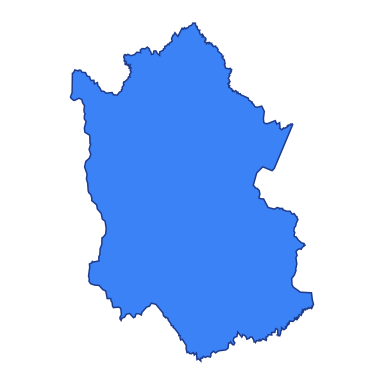 Khlong Lan, Kamphaeng Phet, Thailand (Equal Earth projection)
{"feature_id": "78962969B45862873771637", "entity_name": "Khlong Lan", "entity_type": "district", "adm_level": 2, "iso_a3": "THA", "parent_name": "Thailand", "parent_adm1": "Kamphaeng Phet", "projection": "equal_earth", "projection_center": [99.272, 16.258], "detail": "fine", "context": "isolated", "style": "filled", "palette": "blue", "viewbox_px": 384, "rotation_deg": 0, "n_neighbors": 0, "source": "geoboundaries", "source_scale": "gbopen_adm2", "svg_char_len": 5870}
<svg xmlns="http://www.w3.org/2000/svg" viewBox="0 0 384 384"><path d="M294.3,275.1L296.0,270.5L295.7,269.1L296.8,264.0L295.9,257.6L297.1,255.5L296.0,251.4L298.1,249.3L299.7,248.8L301.2,249.3L302.3,247.3L305.0,245.3L304.2,243.9L303.8,244.3L303.5,243.3L301.6,242.9L298.2,240.0L296.3,237.0L294.4,236.5L294.1,235.0L294.8,232.4L293.8,231.1L294.3,227.9L295.8,225.7L296.1,223.5L297.9,219.6L297.0,217.9L297.0,216.8L295.9,216.2L294.1,213.5L292.2,214.2L290.1,211.2L286.6,211.2L282.6,209.6L282.6,208.5L280.9,208.3L279.8,209.0L279.4,208.2L277.2,207.5L274.4,209.1L268.1,207.5L263.6,198.9L261.2,198.9L258.9,197.9L259.9,194.0L259.2,190.5L257.2,188.4L255.7,188.1L253.3,185.2L256.7,172.9L262.8,166.8L272.1,170.7L274.3,168.4L292.7,124.6L292.4,124.0L290.5,124.1L290.2,125.0L288.8,125.0L288.2,126.0L287.5,125.6L287.0,127.2L283.9,128.4L283.4,128.0L281.9,129.8L279.6,128.1L280.0,127.5L279.6,122.7L276.7,124.1L275.3,120.6L267.3,123.7L264.9,123.4L263.8,122.4L263.4,118.7L264.3,111.4L261.7,106.1L257.3,107.3L254.8,106.7L253.4,104.1L252.0,103.4L252.3,102.2L248.7,100.1L248.2,98.1L240.5,94.6L240.3,93.7L238.4,93.8L238.0,92.4L237.1,93.1L237.1,92.0L235.7,90.7L234.6,91.7L233.7,91.0L232.6,91.4L232.7,90.1L231.9,89.9L231.8,88.9L228.8,87.2L229.6,85.8L228.8,85.7L228.1,83.7L229.1,83.6L228.8,82.5L230.0,81.8L228.3,78.1L229.8,75.5L229.2,74.0L230.7,72.9L230.5,72.2L231.3,71.7L230.8,70.8L231.7,69.8L230.1,68.3L229.6,68.9L225.7,68.2L224.4,64.2L225.1,63.8L224.3,59.7L222.6,58.5L223.0,56.9L222.4,57.4L221.8,54.5L217.7,50.9L218.1,49.5L216.8,47.5L215.6,47.0L215.6,46.1L213.2,46.5L212.4,44.8L211.7,44.8L211.6,43.4L211.0,43.7L209.7,42.6L209.1,43.5L208.8,42.5L207.5,42.6L206.5,43.8L205.7,42.1L204.6,41.7L205.3,39.9L205.8,40.0L205.9,38.6L204.5,37.1L202.4,36.8L203.3,36.0L203.1,35.2L202.4,35.3L202.3,34.2L200.7,34.7L200.0,34.1L199.3,31.1L199.8,30.3L198.3,30.0L197.4,28.7L197.1,26.7L196.6,26.9L195.4,24.5L195.4,23.2L193.0,23.0L191.7,25.2L189.1,26.2L187.7,28.0L186.2,28.0L185.6,29.0L184.3,27.7L183.3,29.3L182.1,28.2L177.9,36.4L174.9,32.7L173.7,35.1L172.9,35.3L171.5,38.8L172.2,41.2L169.3,43.2L169.1,44.6L167.8,44.2L166.6,45.8L164.7,46.4L164.9,48.3L163.4,49.0L163.2,50.3L159.7,51.9L159.6,55.4L157.3,53.5L156.2,51.2L155.2,50.8L153.8,51.1L153.3,54.0L151.5,54.5L150.7,51.8L149.4,50.2L149.5,49.1L147.4,47.1L144.8,48.9L142.2,48.5L140.3,50.1L140.7,52.6L136.9,52.2L134.4,54.7L130.8,55.7L127.9,54.3L126.1,55.5L125.4,54.6L124.4,54.9L123.7,57.0L124.6,59.5L124.1,60.7L124.6,61.6L125.3,61.1L126.4,62.2L126.1,63.1L125.1,63.4L125.1,64.3L125.6,64.6L126.5,63.6L126.9,64.8L128.2,64.6L127.7,65.2L128.7,66.1L130.2,65.1L129.1,68.2L130.0,68.5L131.3,67.3L130.2,70.6L131.3,72.0L129.6,74.5L130.0,77.0L128.5,76.9L128.0,78.8L124.7,81.8L123.7,81.9L123.4,83.8L124.0,84.8L122.2,87.2L122.2,89.5L121.5,89.7L121.4,91.2L119.4,92.2L117.3,95.1L113.5,94.8L112.1,92.5L106.2,93.2L103.8,91.3L101.4,91.1L99.6,87.5L97.9,85.8L97.4,82.6L94.4,83.8L93.9,80.3L91.2,80.5L90.3,79.4L89.6,76.7L87.2,76.2L85.5,72.6L82.0,72.3L80.7,70.3L79.1,70.0L78.4,71.0L74.9,69.9L73.6,72.7L72.4,73.3L72.1,92.7L70.5,96.9L71.1,98.3L73.5,100.3L74.7,100.4L78.9,98.2L81.7,99.5L82.8,103.2L84.5,105.7L83.9,110.2L84.3,112.5L85.1,113.6L84.3,116.2L84.4,119.0L86.1,121.4L84.3,128.1L84.9,132.3L89.5,135.1L89.8,136.1L90.0,143.6L90.7,144.1L89.1,149.3L90.8,154.5L89.4,158.1L85.8,161.4L84.6,167.0L87.1,174.2L86.4,178.8L87.7,183.2L88.2,190.7L88.8,192.7L90.8,194.6L91.9,198.6L91.7,200.6L96.7,204.9L97.3,208.9L101.2,213.5L102.3,219.0L105.1,221.3L106.2,228.4L105.7,233.9L103.5,236.9L102.0,237.7L101.8,244.5L100.1,248.7L99.9,254.5L98.8,256.8L98.9,260.9L93.5,262.0L92.3,261.4L91.9,262.7L89.4,264.0L89.7,267.2L88.5,276.5L89.3,278.3L89.0,281.3L90.7,283.7L94.2,285.0L99.2,285.5L102.7,289.5L105.8,291.1L107.2,298.6L110.7,298.5L111.1,301.0L112.1,302.4L112.5,306.0L113.4,307.6L118.6,307.1L120.1,307.8L120.9,309.2L121.4,315.0L120.2,316.7L119.9,318.6L121.1,320.4L121.9,318.2L124.6,317.2L126.4,314.2L129.7,313.5L133.4,317.7L135.1,316.9L135.7,314.4L136.7,313.8L139.2,313.8L141.3,315.0L141.9,312.4L146.6,307.1L149.5,306.2L151.3,303.2L155.9,304.3L163.0,313.0L163.4,315.7L165.6,317.7L165.9,317.1L168.1,318.6L168.1,319.8L170.9,323.6L171.2,325.5L173.3,326.1L173.1,327.4L174.8,328.7L179.0,334.2L178.8,335.6L180.3,335.8L180.0,337.9L180.7,340.0L182.3,339.2L186.3,345.5L186.1,348.6L187.0,352.6L188.5,352.1L189.4,353.4L191.3,353.8L193.4,352.6L194.3,355.0L196.4,353.0L197.0,359.6L198.5,358.8L200.8,361.0L200.6,358.2L202.5,358.1L203.2,356.4L205.3,357.4L207.7,356.3L210.2,357.1L210.9,356.0L210.9,353.5L213.5,351.2L215.6,352.9L218.4,350.9L225.8,349.9L228.0,348.2L228.6,343.1L230.1,343.0L230.6,341.9L232.5,344.6L233.9,344.8L234.8,342.9L233.5,341.1L233.4,339.6L234.2,337.5L236.9,336.5L237.8,332.0L241.8,337.1L243.0,334.5L244.7,335.5L246.0,336.7L246.8,339.2L249.4,338.2L250.3,336.9L252.2,337.2L254.0,340.7L254.0,341.9L255.2,341.7L255.5,342.4L256.6,340.6L258.7,340.9L259.3,339.5L260.0,339.7L260.1,340.8L260.8,340.8L262.7,338.8L266.2,340.4L266.5,339.1L265.7,337.9L266.3,336.9L267.5,336.7L268.3,334.7L271.8,335.0L271.6,332.5L274.8,332.4L275.8,328.6L277.5,329.4L277.9,330.6L277.6,332.7L278.1,333.6L277.3,334.7L277.9,334.7L278.2,335.7L279.8,335.7L280.7,332.9L280.6,331.2L281.7,330.0L281.6,327.7L283.9,329.7L286.0,328.3L286.5,327.1L285.6,326.8L287.6,325.4L287.4,323.9L288.8,324.3L289.2,323.5L288.6,322.6L289.4,322.2L289.6,321.1L293.1,321.4L294.8,319.5L294.6,318.2L295.6,318.9L295.5,317.4L296.3,319.5L297.2,319.5L296.8,317.4L297.4,317.3L297.7,318.3L298.4,317.9L298.4,317.0L299.1,316.7L298.6,315.4L299.5,314.6L301.1,315.4L302.0,313.4L301.5,313.0L302.1,312.6L301.8,312.0L302.5,311.1L303.0,311.5L302.7,310.0L303.4,310.5L303.4,309.6L304.6,309.8L304.8,309.1L305.6,309.8L306.1,308.8L307.6,309.0L308.2,307.7L309.3,308.3L310.2,307.5L311.5,308.5L311.7,307.4L312.3,307.4L312.3,305.9L312.9,305.8L313.5,304.3L312.3,299.8L311.5,292.8L300.4,292.2L293.4,287.2L292.0,284.9L291.7,278.4L294.3,275.1Z" fill="#3b82f6" stroke="#1e3a8a" stroke-width="1.5"/></svg>